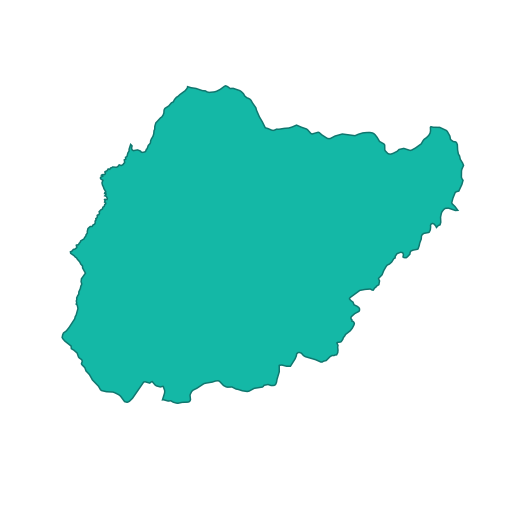 Toribío, Cauca, Colombia, rotated 18°
{"feature_id": "7082276B98056345530252", "entity_name": "Toribío", "entity_type": "district", "adm_level": 2, "iso_a3": "COL", "parent_name": "Colombia", "parent_adm1": "Cauca", "projection": "orthographic", "projection_center": [-76.217, 2.971], "detail": "fine", "context": "isolated", "style": "filled", "palette": "teal", "viewbox_px": 512, "rotation_deg": 18, "n_neighbors": 0, "source": "geoboundaries", "source_scale": "gbopen_adm2", "svg_char_len": 6036}
<svg xmlns="http://www.w3.org/2000/svg" viewBox="0 0 512 512"><g transform="rotate(18 256 256)"><path d="M84.1,226.9L85.4,227.2L85.6,227.5L84.0,229.0L83.9,229.9L84.8,230.8L87.0,231.3L86.9,234.0L88.0,235.9L89.7,237.7L90.7,239.1L93.2,241.2L93.3,241.7L92.7,242.3L92.7,243.3L93.9,243.0L94.3,243.7L93.6,245.5L95.2,245.5L96.8,247.1L96.9,248.3L94.7,248.8L94.5,249.3L95.5,250.1L95.3,251.5L96.6,251.9L96.9,252.8L96.2,253.8L96.3,255.8L95.3,256.9L95.4,258.8L94.2,260.0L93.1,262.4L93.9,263.5L93.9,264.0L93.7,265.4L92.6,266.0L92.4,266.5L93.1,268.0L92.9,268.9L92.1,269.9L92.7,271.1L92.2,272.5L92.8,274.1L92.8,275.0L92.5,275.8L91.5,276.6L91.1,278.5L89.2,279.2L87.7,281.8L87.9,284.6L88.5,286.4L87.8,288.2L88.0,289.4L87.2,291.7L87.2,292.8L84.6,295.8L84.5,297.5L83.9,298.5L83.7,300.1L81.8,301.1L81.9,301.8L82.9,302.8L82.9,303.5L81.4,305.7L80.3,306.1L79.2,308.6L78.2,309.3L78.9,310.7L83.1,312.0L84.5,312.9L85.9,313.2L87.1,314.3L90.2,316.1L91.9,317.9L94.0,319.0L94.8,321.0L99.1,325.0L97.0,331.6L97.6,334.5L98.8,336.2L99.0,337.3L98.7,338.6L99.0,341.4L98.6,344.8L99.2,347.1L98.7,348.7L98.4,351.3L99.0,352.7L99.0,354.3L100.1,356.2L99.8,357.3L101.2,358.0L102.9,361.0L103.2,368.1L102.8,369.3L103.0,371.8L100.4,381.5L98.8,385.8L96.7,388.7L96.5,390.7L96.8,393.4L98.0,394.5L100.5,396.0L108.0,398.8L109.0,401.2L111.8,401.8L115.9,403.6L118.4,406.9L119.3,407.5L122.0,408.4L122.7,408.9L123.3,409.9L123.3,412.5L124.2,413.3L127.7,415.1L129.9,417.9L134.3,420.3L138.7,424.4L146.4,428.5L149.5,431.3L150.8,431.7L155.6,431.3L162.0,429.6L164.1,429.7L168.2,430.3L170.4,431.1L176.0,435.1L178.2,435.0L179.1,434.7L180.5,433.3L182.5,429.5L188.1,410.7L189.3,409.9L194.2,409.7L195.3,408.1L196.1,407.5L200.0,409.9L201.5,410.3L205.5,410.1L207.4,408.9L208.0,408.7L208.3,409.0L210.6,412.0L211.1,413.2L211.4,414.7L211.5,421.7L212.4,421.3L217.3,421.1L219.7,420.0L222.4,420.6L225.6,420.5L227.2,420.2L231.0,418.0L236.4,416.0L237.5,415.2L238.0,414.2L238.1,412.9L236.3,408.9L236.2,407.9L236.7,404.7L237.7,402.9L240.6,400.1L245.9,393.5L247.6,392.4L253.4,389.4L256.1,387.4L258.6,386.3L260.1,386.5L265.1,389.2L268.1,389.7L269.6,389.5L273.6,388.0L278.2,388.7L280.1,388.4L284.6,388.4L289.5,387.6L291.1,386.7L295.2,382.4L302.5,378.7L303.2,377.8L303.6,376.5L307.1,374.5L310.5,374.5L313.0,373.6L314.0,372.7L314.4,371.6L314.5,369.6L314.1,367.0L313.9,358.9L311.9,352.9L312.2,352.6L314.3,351.7L319.1,351.4L322.8,350.2L325.0,341.6L325.2,338.6L324.9,336.4L325.8,334.9L327.2,334.3L329.2,334.4L331.9,336.0L334.0,336.5L344.6,336.2L350.5,336.8L351.8,336.3L352.7,335.2L355.1,333.7L357.5,328.9L359.1,327.1L360.9,326.6L361.7,325.8L363.2,325.1L363.6,322.7L363.1,320.3L361.8,317.4L361.6,315.7L359.8,313.7L360.2,313.0L362.9,311.7L363.5,311.1L364.3,308.4L364.3,306.7L365.2,304.3L365.3,303.1L368.8,297.9L369.9,294.8L370.5,291.1L370.3,289.6L369.4,288.7L368.3,288.2L367.4,288.3L367.0,287.1L365.7,286.3L365.3,285.1L365.5,284.1L367.7,280.3L371.1,276.7L371.2,275.5L370.8,274.3L369.8,273.3L367.8,272.6L364.3,272.1L362.5,269.9L360.3,269.2L358.3,268.1L358.0,267.3L358.5,266.2L365.4,256.6L370.0,254.1L374.1,252.4L375.0,252.1L377.0,252.5L378.1,252.2L378.7,249.8L379.7,248.5L379.9,247.5L381.7,245.3L381.2,241.5L379.6,239.9L379.5,239.4L381.7,234.9L382.0,230.4L383.0,225.7L383.6,224.1L385.4,222.4L386.9,219.8L387.9,215.9L388.9,214.9L388.5,213.3L389.4,210.2L392.3,207.8L394.0,207.5L394.8,207.8L395.8,209.1L396.1,211.5L397.4,211.8L399.4,211.2L400.3,209.9L401.8,206.7L401.5,205.3L401.6,203.9L402.0,203.2L403.7,201.8L407.3,199.8L407.9,199.2L408.0,196.0L407.7,192.9L407.9,188.8L407.2,185.9L407.5,184.2L408.7,182.6L412.9,180.3L413.4,179.7L413.7,177.3L413.1,174.4L412.5,173.0L412.6,171.6L413.7,170.5L415.3,170.5L417.7,171.9L418.8,173.1L420.0,170.6L421.4,169.5L421.3,166.8L419.5,162.0L419.1,158.3L419.2,156.4L420.2,153.7L421.3,152.2L424.2,151.0L431.6,151.1L433.8,150.2L430.0,147.5L426.4,145.7L425.7,145.0L425.4,140.2L425.8,134.4L426.0,133.7L427.3,132.5L428.8,131.6L429.7,124.4L429.5,120.0L428.3,119.2L427.0,117.6L425.1,111.4L425.0,109.6L425.4,105.7L423.7,103.7L420.4,100.9L418.7,98.0L416.9,96.4L415.0,92.9L413.1,87.9L411.8,86.4L410.7,85.8L408.1,86.2L405.0,85.1L403.3,82.0L399.4,78.4L398.2,77.8L391.0,76.9L384.7,78.8L382.4,79.0L382.1,79.7L383.3,83.0L383.6,85.4L383.0,88.0L381.6,90.7L379.9,93.0L379.3,94.5L378.5,98.3L374.3,104.0L371.4,107.1L370.4,107.8L369.5,108.0L363.3,108.0L359.1,110.5L358.0,112.7L354.8,115.9L352.7,117.5L350.8,117.9L349.5,117.7L346.4,116.0L345.7,115.3L344.1,110.7L343.0,109.9L338.1,108.9L334.6,105.8L331.8,103.9L330.2,103.2L328.8,103.0L326.3,103.3L323.3,104.3L319.6,105.9L315.7,108.6L313.0,111.0L300.4,113.3L294.1,117.5L290.5,121.2L289.3,121.8L288.0,122.1L286.9,122.0L281.3,120.5L278.0,119.1L276.9,119.1L271.7,122.6L271.0,122.6L270.3,122.5L266.0,120.0L264.7,119.6L259.4,119.5L254.1,119.0L250.7,122.0L247.6,124.2L243.4,125.9L238.6,128.4L236.4,129.0L234.2,131.0L232.3,131.5L227.9,131.1L225.2,131.2L220.6,126.5L216.2,122.6L211.4,117.2L210.1,115.1L205.2,111.4L203.2,109.5L201.9,108.8L200.2,108.4L198.6,108.4L197.3,107.9L195.8,107.3L193.9,105.5L191.2,104.2L189.4,103.7L182.5,103.6L179.6,104.7L176.7,103.7L174.6,103.5L173.6,104.3L170.5,108.6L167.6,111.5L165.7,112.8L160.9,114.9L158.9,115.1L156.8,114.6L153.9,115.3L147.1,115.2L142.4,116.0L138.6,116.1L138.8,117.0L138.5,118.3L137.5,120.8L133.8,125.9L132.5,128.3L131.3,129.6L130.2,132.2L129.7,135.0L128.2,136.5L126.7,140.2L123.8,143.7L123.6,144.5L123.5,145.7L124.2,148.5L124.1,150.6L123.5,152.8L122.5,154.1L119.6,160.4L119.7,163.9L120.5,166.8L120.3,168.3L121.0,171.4L121.0,174.1L120.3,177.2L120.2,179.0L120.6,180.9L120.5,181.8L119.4,184.1L119.3,187.8L118.8,188.3L118.7,190.4L118.1,191.4L116.2,192.5L114.9,192.7L113.7,191.9L110.6,191.7L106.8,193.7L105.8,193.5L104.9,192.9L104.3,191.6L104.1,189.6L102.3,188.6L102.3,193.6L102.8,195.4L102.3,197.6L102.5,201.3L101.4,202.5L102.2,204.2L101.0,205.3L102.2,207.6L102.1,208.3L101.5,208.9L101.5,209.9L99.9,211.6L97.7,211.6L97.0,213.6L95.8,214.8L92.2,215.6L91.5,216.6L90.5,217.2L90.1,218.8L88.5,218.9L88.0,220.9L86.3,222.5L86.4,223.0L87.2,223.5L87.0,225.2L84.7,226.1L84.1,226.9Z" fill="#14b8a6" stroke="#0f766e" stroke-width="1.5"/></g></svg>